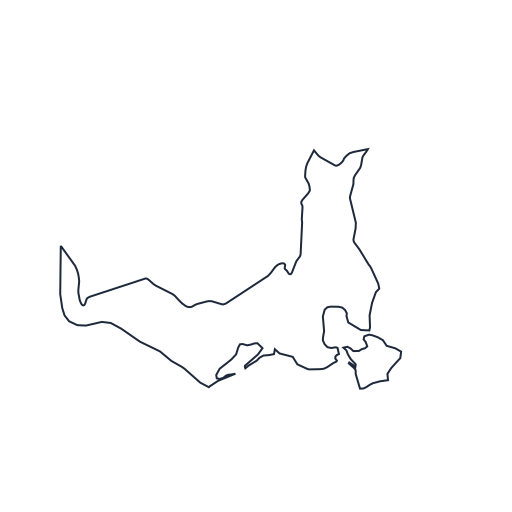 an SVG outline of Médenine, rotated 119°
{"feature_id": "TUN-96", "entity_name": "Médenine", "entity_type": "Governorate", "adm_level": 1, "iso_a3": "TUN", "parent_name": "Tunisia", "parent_adm1": "", "projection": "equal_earth", "projection_center": [10.815, 33.079], "detail": "fine", "context": "isolated", "style": "outline", "palette": "slate", "viewbox_px": 512, "rotation_deg": 119, "n_neighbors": 0, "source": "natural_earth", "source_scale": "10m", "svg_char_len": 3442}
<svg xmlns="http://www.w3.org/2000/svg" viewBox="0 0 512 512"><g transform="rotate(119 256 256)"><path d="M397.5,398.1L395.5,400.2L384.2,408.8L341.7,431.7L341.8,431.6L352.3,409.4L355.0,405.8L357.8,402.9L360.8,400.5L364.0,398.3L371.7,395.0L374.2,393.6L380.0,388.8L381.4,387.2L382.5,385.6L382.9,384.7L383.1,383.8L382.8,382.9L382.1,382.4L380.7,382.3L376.1,383.2L374.9,383.2L373.7,382.6L372.2,381.6L329.4,341.9L328.9,341.1L328.7,340.3L328.7,339.4L328.8,338.6L330.3,331.8L330.5,329.2L329.8,310.7L330.0,308.8L330.3,307.3L332.4,301.0L333.3,297.5L333.8,293.8L333.8,292.3L333.7,291.6L333.3,290.1L332.9,289.4L332.5,288.6L331.7,287.7L330.6,286.9L328.6,285.8L326.5,284.2L319.7,277.1L318.4,275.5L317.5,273.8L317.0,272.7L314.8,262.6L314.7,262.1L314.3,261.5L313.9,260.8L313.1,260.1L312.2,259.3L267.5,235.8L263.9,234.9L256.5,233.9L253.6,232.9L252.1,232.0L250.5,230.6L249.9,229.8L249.4,229.0L249.1,228.3L249.0,227.5L249.3,226.8L249.7,226.1L253.0,224.9L253.4,224.2L253.6,223.5L253.7,222.7L253.9,221.9L255.1,219.7L255.5,218.9L255.6,218.2L255.5,217.5L255.0,216.8L253.4,216.5L240.9,218.2L235.3,217.4L233.9,217.5L232.5,218.0L204.1,232.0L202.0,233.6L190.9,238.9L189.4,240.0L188.3,241.6L187.6,242.2L186.5,242.6L184.5,242.6L176.2,240.8L173.2,240.6L172.2,240.9L171.1,241.6L169.1,243.1L168.0,244.2L167.1,245.1L163.8,250.5L163.2,251.2L162.5,251.7L157.0,254.3L153.0,255.6L149.5,256.1L135.5,256.5L137.8,250.6L138.2,249.0L138.4,247.4L138.5,231.2L138.4,230.4L138.2,229.6L137.4,228.8L136.0,227.7L132.9,226.5L131.2,226.1L129.9,226.0L128.5,226.2L127.0,226.1L124.1,225.3L120.7,223.9L117.7,221.1L108.3,210.0L111.3,210.1L115.5,210.7L117.0,210.8L118.5,210.6L125.3,208.2L128.3,207.6L137.2,208.5L140.0,208.4L141.3,208.0L146.1,205.6L158.1,202.7L159.9,201.9L178.5,184.8L183.7,182.2L194.5,178.7L195.4,178.0L196.5,176.7L200.0,168.9L209.0,153.1L209.6,151.4L210.8,149.4L220.9,135.7L224.3,132.8L224.8,132.4L229.5,133.6L240.6,131.8L252.8,127.9L263.1,121.7L266.2,120.8L269.9,128.4L269.4,143.1L264.7,147.7L262.1,148.8L260.1,151.8L259.3,155.4L260.2,158.8L264.0,166.0L266.2,168.7L269.6,169.9L276.5,168.2L288.7,160.0L294.5,158.0L297.3,156.7L299.8,153.4L301.1,149.3L300.0,145.6L297.2,142.0L296.8,140.2L301.6,135.9L303.5,137.4L305.5,137.8L307.3,136.9L308.3,134.5L309.4,134.5L312.0,136.4L318.8,139.9L321.6,141.9L323.8,144.9L329.4,154.5L329.9,156.6L330.7,167.3L326.4,175.0L329.8,188.1L328.4,194.3L333.1,192.7L336.3,196.5L339.5,201.3L343.3,203.6L347.1,204.6L355.4,209.3L359.4,210.9L358.4,212.0L357.9,212.2L357.2,212.4L341.3,206.6L333.5,205.6L331.6,212.4L333.2,215.0L335.8,217.4L338.4,220.4L339.5,225.1L341.0,227.2L344.5,227.2L351.6,225.7L358.5,227.4L372.2,233.1L379.4,233.1L382.0,231.0L381.1,228.1L378.4,225.5L375.5,224.4L373.6,223.0L371.4,219.9L368.9,216.9L383.5,228.6L392.5,233.3L393.6,233.6L393.8,243.3L389.3,263.7L388.9,267.0L388.8,279.1L386.0,293.7L387.2,316.0L384.9,338.7L385.0,350.6L388.4,358.9L399.3,371.0L403.1,378.7L403.7,387.8L400.8,394.6L397.5,398.1ZM310.5,92.0L313.6,94.1L316.9,95.8L319.7,97.7L321.6,100.7L310.9,111.6L308.2,113.1L307.2,114.0L306.5,115.8L304.9,122.8L303.9,122.8L304.4,117.1L304.9,115.3L302.4,116.3L300.3,123.0L297.5,127.9L294.7,131.2L293.8,135.1L291.1,132.1L291.0,128.3L292.0,124.8L289.1,119.9L286.4,118.5L283.8,115.9L281.1,114.9L278.1,118.3L276.7,121.5L273.7,122.3L270.0,119.0L268.9,115.7L268.0,109.8L268.1,104.2L271.2,98.2L269.2,89.4L269.3,82.7L275.3,80.3L288.4,83.4L295.4,83.9L300.6,80.3L305.4,86.7L310.5,92.0Z" fill="none" stroke="#1e293b" stroke-width="2"/></g></svg>